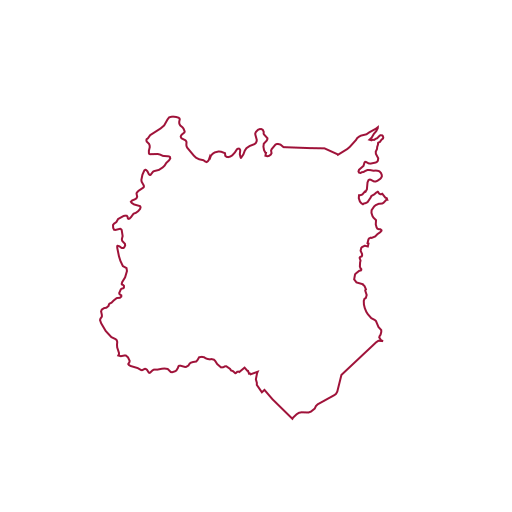 outline of Ryde, New South Wales, Australia, rotated 242°
{"feature_id": "25037944B17324059091414", "entity_name": "Ryde", "entity_type": "district", "adm_level": 2, "iso_a3": "AUS", "parent_name": "Australia", "parent_adm1": "New South Wales", "projection": "mercator", "projection_center": [151.114, -33.801], "detail": "fine", "context": "isolated", "style": "outline", "palette": "rose", "viewbox_px": 512, "rotation_deg": 242, "n_neighbors": 0, "source": "geoboundaries", "source_scale": "gbopen_adm2", "svg_char_len": 6124}
<svg xmlns="http://www.w3.org/2000/svg" viewBox="0 0 512 512"><g transform="rotate(242 256 256)"><path d="M206.8,106.3L203.5,106.6L202.9,106.9L202.7,107.7L203.6,110.9L203.6,112.6L202.0,115.5L200.6,120.1L199.6,122.4L197.7,125.0L193.5,126.3L192.7,127.5L192.2,130.4L192.3,131.9L193.9,134.6L195.0,135.7L195.2,136.4L194.7,137.7L191.3,141.3L190.9,142.1L191.0,144.9L192.1,146.8L192.4,148.2L192.0,150.5L190.9,153.7L191.7,155.7L193.3,158.2L192.4,160.8L190.9,162.7L189.5,163.4L188.0,164.7L186.4,166.7L185.9,168.3L184.2,170.2L182.5,170.7L178.8,171.0L174.1,172.8L173.4,174.2L173.1,175.2L173.2,176.6L172.6,178.0L168.5,180.1L166.7,180.2L165.2,181.6L162.2,182.7L162.1,183.3L162.6,185.1L162.0,186.5L161.4,186.8L162.8,193.5L158.6,194.5L158.3,195.0L155.4,194.6L155.3,195.4L154.1,195.6L153.0,203.1L152.1,202.0L147.2,198.0L143.6,197.2L141.8,196.2L132.9,197.2L133.8,200.6L121.7,203.3L95.2,211.7L95.9,212.9L97.2,217.6L97.4,220.3L96.6,222.9L93.2,228.8L92.8,231.4L93.7,236.2L95.4,238.5L96.1,240.9L96.4,260.1L96.7,261.9L98.1,264.1L110.9,275.6L123.4,321.5L123.7,324.3L121.2,328.2L123.0,326.8L126.3,326.6L127.3,327.6L128.0,329.0L130.2,331.0L131.8,331.8L135.8,330.8L142.3,331.4L143.8,330.8L147.0,328.6L152.2,327.4L155.0,327.2L159.0,327.6L162.5,328.5L165.8,330.1L167.3,331.7L167.4,333.3L169.6,335.4L174.2,336.2L174.7,336.7L174.9,337.4L178.3,337.7L179.3,337.5L180.3,337.0L180.9,337.1L185.5,332.3L189.3,331.7L193.1,334.7L193.6,335.5L194.5,340.3L194.0,341.8L194.4,342.5L195.0,342.8L196.4,342.5L198.0,342.8L201.6,345.0L202.8,346.1L205.7,346.6L206.3,347.6L206.0,349.1L206.6,349.9L208.0,350.6L211.5,350.8L213.7,352.7L214.1,353.8L214.0,356.9L211.9,359.2L214.2,361.2L215.0,360.5L217.9,363.1L218.4,364.0L218.3,366.0L217.7,366.5L217.3,370.4L218.3,373.5L218.7,376.9L219.4,378.7L219.9,378.9L221.2,378.4L222.1,376.9L223.1,376.0L224.7,375.9L227.7,376.6L231.3,378.8L234.8,377.7L236.7,377.6L239.9,378.2L242.2,379.6L244.3,383.6L244.7,385.5L244.5,388.8L243.1,392.0L243.1,393.5L244.5,397.7L244.1,398.3L245.6,398.6L246.8,397.6L251.7,396.7L251.8,395.3L252.4,394.6L253.6,393.9L255.2,393.9L255.6,393.7L255.5,391.7L254.9,389.5L254.8,386.0L253.8,384.7L251.2,379.8L251.2,377.7L251.7,375.8L251.5,374.7L253.1,373.8L255.3,373.3L258.8,373.9L261.3,375.5L260.6,377.0L260.4,378.8L261.8,382.4L261.3,382.8L262.8,385.2L268.6,389.0L270.2,391.0L270.2,392.0L269.6,393.0L266.5,395.1L265.6,396.6L265.4,398.5L265.8,401.9L266.2,403.0L267.1,404.4L268.5,405.1L270.7,405.3L272.8,404.7L273.9,403.7L275.2,401.9L276.1,399.8L278.3,397.1L279.6,394.8L279.8,392.4L279.7,390.4L280.3,388.7L280.2,387.3L281.3,386.1L282.6,386.2L283.8,387.5L285.1,393.2L287.6,395.7L287.9,396.6L287.5,397.2L284.9,398.9L283.8,400.5L282.3,405.7L282.4,407.3L282.9,408.3L284.9,409.8L289.9,409.8L291.9,410.7L293.7,413.1L295.4,414.2L297.2,416.1L298.5,416.8L298.7,417.3L298.5,418.8L299.8,421.5L300.1,423.3L300.9,424.0L302.3,424.3L303.2,424.1L304.2,422.6L304.2,421.7L303.1,418.2L303.3,416.5L303.0,415.0L303.9,413.4L303.9,412.3L305.4,410.8L306.2,413.7L308.5,417.4L309.8,420.8L311.7,423.5L312.5,424.0L312.1,421.7L312.0,414.0L311.6,410.7L313.0,405.2L313.0,403.1L312.6,400.7L311.5,398.8L308.3,390.0L307.6,386.8L306.9,375.8L307.6,375.7L318.9,367.0L326.2,353.8L339.2,331.4L342.9,329.9L344.7,327.9L345.2,326.6L345.2,325.4L343.0,320.0L342.0,318.8L339.5,318.0L338.6,316.7L338.3,314.5L338.7,312.9L340.1,311.4L342.2,313.1L342.3,312.8L345.7,312.8L349.1,313.9L351.5,315.6L352.8,319.5L353.6,320.7L354.6,321.4L359.7,320.1L360.5,320.2L362.0,321.1L364.2,321.2L365.6,320.3L366.3,318.9L366.5,317.0L365.6,314.2L364.6,312.9L363.5,312.4L358.2,311.2L357.1,310.5L355.9,309.0L355.5,307.2L356.1,302.1L355.7,298.2L354.3,295.6L351.6,292.5L349.7,288.9L349.8,288.7L350.8,288.8L353.5,289.5L356.4,291.5L357.2,291.8L358.5,291.7L359.2,290.7L359.2,289.3L357.3,285.9L356.0,282.2L355.9,280.0L356.3,278.0L357.3,276.6L358.9,275.9L361.3,276.9L364.3,274.3L365.8,272.2L366.8,268.3L366.7,266.3L366.2,264.4L365.5,263.0L364.5,261.9L365.4,262.0L362.9,259.3L362.3,258.0L362.1,256.5L363.3,255.5L365.2,254.6L368.1,251.2L370.9,249.2L373.9,248.2L384.0,246.1L385.4,246.2L386.7,246.6L389.2,248.1L390.3,248.2L391.3,248.0L394.7,245.6L395.6,245.4L396.8,245.6L397.5,246.4L398.0,247.4L398.7,250.8L399.5,251.5L402.5,251.8L404.2,251.5L406.8,250.4L408.8,250.4L410.4,251.1L412.6,252.9L413.4,253.0L414.4,252.6L416.2,250.8L418.0,248.2L418.6,246.8L419.2,244.4L418.1,242.0L414.4,236.2L413.4,231.6L412.4,219.3L410.6,215.7L410.5,214.3L409.8,213.6L408.4,213.2L405.2,214.2L403.6,214.0L402.0,213.3L399.2,210.8L397.0,209.7L396.2,209.7L395.6,210.3L392.2,217.1L390.6,218.9L388.1,220.8L384.9,225.8L383.9,226.5L382.4,226.1L381.3,224.2L380.3,220.5L378.7,217.7L378.0,215.2L377.6,210.7L378.8,205.8L378.8,204.7L377.1,200.9L377.5,200.2L378.6,199.8L381.7,199.9L383.4,199.4L384.1,198.8L384.0,197.6L381.1,193.9L377.0,190.5L375.3,189.9L370.9,190.0L369.7,189.5L369.3,188.7L368.7,182.9L367.9,180.5L367.2,179.8L364.1,178.9L363.0,177.4L362.9,175.4L363.2,172.7L362.6,171.0L361.2,171.2L358.8,172.5L354.5,177.0L353.3,177.0L352.0,175.8L350.9,173.0L350.5,170.0L350.8,168.3L350.7,167.4L349.0,163.9L348.4,161.9L348.6,160.9L349.3,160.5L351.0,161.0L352.2,160.8L353.0,159.5L353.5,157.9L353.4,151.6L351.5,148.6L351.2,145.8L350.5,144.3L347.9,143.1L345.8,143.0L345.0,144.1L343.8,148.9L343.0,149.4L342.0,149.6L336.2,147.6L333.9,145.5L332.9,145.1L331.9,145.0L328.3,146.0L326.7,145.4L325.4,143.5L325.3,142.7L326.2,141.1L328.6,140.0L330.0,138.6L329.9,138.1L328.3,137.3L320.2,134.9L315.5,134.0L309.6,133.7L306.1,136.0L303.3,135.0L298.6,130.4L295.8,125.6L294.4,124.3L293.9,124.2L292.9,125.0L291.7,125.4L290.3,124.7L289.8,123.9L290.2,121.9L290.0,121.0L287.5,117.8L286.2,117.6L284.5,118.6L283.4,118.0L283.0,116.2L284.1,113.7L284.2,113.0L283.5,109.3L282.6,106.5L282.7,104.3L282.3,103.4L281.2,102.5L280.7,100.3L280.6,99.5L281.3,97.4L281.1,94.7L279.8,93.2L276.2,92.2L274.8,91.4L273.7,89.2L272.6,88.2L269.3,87.7L260.3,88.1L252.3,90.2L248.5,93.0L247.0,93.5L245.2,93.1L242.9,91.6L240.4,90.5L234.7,89.5L233.6,88.9L232.8,87.7L231.0,89.6L229.8,93.5L229.2,94.4L226.6,95.4L222.7,95.2L221.7,94.4L220.6,92.5L219.5,92.6L217.8,93.6L212.6,98.9L209.1,101.1L208.6,102.1L208.6,104.7L208.2,105.5L206.8,106.3Z" fill="none" stroke="#9f1239" stroke-width="2"/></g></svg>